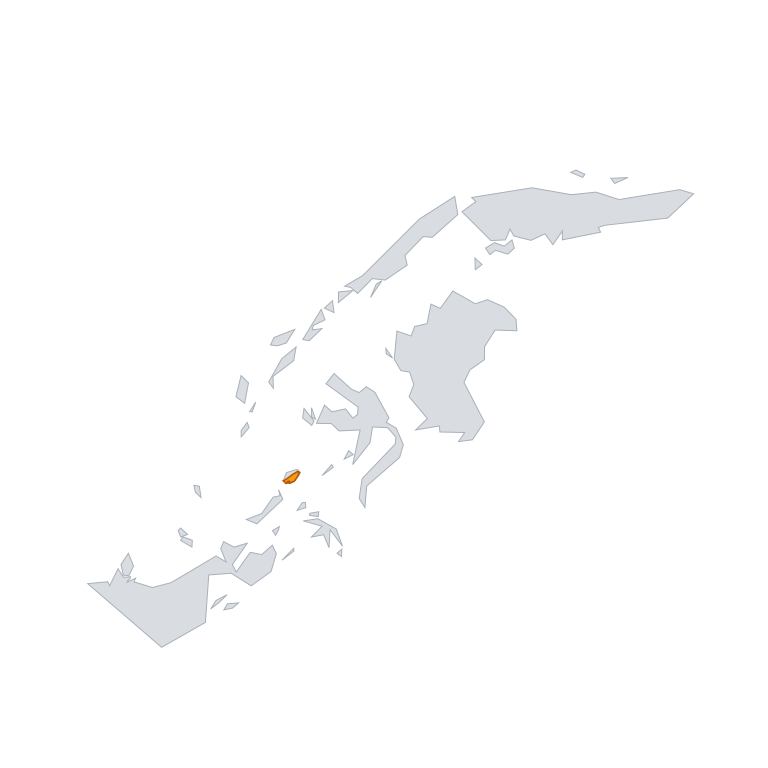 Buru, Maluku, Indonesia shown in context, rotated 130°
{"feature_id": "22746128B29167244459072", "entity_name": "Buru", "entity_type": "district", "adm_level": 2, "iso_a3": "IDN", "parent_name": "Indonesia", "parent_adm1": "Maluku", "projection": "albers", "projection_center": [126.803, -3.345], "detail": "fine", "context": "in_parent", "style": "filled", "palette": "amber", "viewbox_px": 768, "rotation_deg": 130, "n_neighbors": 0, "source": "geoboundaries", "source_scale": "gbopen_adm2", "svg_char_len": 5693}
<svg xmlns="http://www.w3.org/2000/svg" viewBox="0 0 768 768"><g transform="rotate(130 384 384)"><path d="M257.8,316.4L271.2,333.5L290.8,331.0L300.7,322.7L318.0,327.3L331.4,323.8L348.5,282.8L369.9,280.4L380.2,289.9L369.3,291.0L384.8,310.3L380.6,314.7L398.8,330.2L382.6,328.6L377.6,356.6L365.3,360.8L358.4,372.0L362.9,379.7L358.4,392.1L335.2,408.1L329.8,394.1L320.2,397.5L310.1,389.8L292.6,399.4L290.0,389.5L268.5,391.0L263.9,365.7L252.9,358.9L247.9,341.5L249.6,324.4L257.8,316.4ZM39.3,269.1L74.5,273.3L120.6,317.0L126.2,320.4L128.5,315.7L159.0,340.1L151.9,345.7L168.7,344.2L165.5,357.2L179.5,363.8L187.1,379.5L184.4,387.1L195.5,383.6L205.4,394.3L201.9,435.0L185.2,430.9L184.8,436.7L138.6,396.8L118.6,362.2L100.8,345.0L91.7,322.6L45.0,282.3L39.3,269.1ZM728.7,385.1L727.4,482.6L713.1,468.6L714.8,464.5L696.5,469.0L699.5,459.3L694.5,454.2L696.3,453.5L699.2,453.9L700.9,453.4L692.4,449.5L696.3,448.3L688.7,430.5L673.0,419.4L623.7,402.1L621.8,390.6L615.1,403.2L607.8,405.5L605.4,394.1L593.8,386.4L619.7,384.1L623.1,376.3L598.9,378.3L593.3,368.0L579.3,365.9L583.2,357.4L600.3,350.0L624.0,356.0L627.2,379.4L642.9,395.5L681.4,367.6L728.7,385.1ZM487.6,329.5L470.5,339.9L422.8,336.8L417.0,340.7L415.1,353.1L424.3,365.2L437.9,357.0L465.8,356.2L434.6,372.8L448.8,388.2L448.2,398.9L457.5,410.4L438.4,416.0L438.8,406.0L427.8,397.5L430.2,385.9L424.2,384.7L418.3,389.0L421.1,428.6L408.1,429.0L408.9,405.3L406.5,397.5L397.5,395.8L396.2,385.7L406.8,358.4L411.9,357.7L410.0,346.1L418.1,330.2L430.3,324.8L473.2,331.7L490.9,319.2L487.6,329.5ZM206.8,436.4L240.5,441.3L245.9,448.7L272.0,450.6L278.0,442.7L303.5,449.8L310.8,460.7L331.6,462.4L331.4,471.6L334.4,477.0L314.5,470.0L234.8,462.9L194.8,450.4L206.8,436.4ZM530.3,331.7L544.7,320.9L538.3,333.4L547.9,341.2L532.7,340.0L540.7,357.8L529.7,348.0L525.8,327.4L534.9,311.5L530.3,331.7ZM537.3,387.4L572.8,391.5L576.3,402.4L561.9,394.4L542.0,396.2L536.3,391.8L532.8,396.8L537.3,387.4ZM456.5,473.6L430.5,478.6L412.2,475.1L424.1,468.2L449.6,473.9L458.4,466.0L456.5,473.6ZM381.5,467.2L399.0,469.2L402.1,474.8L367.2,480.1L372.7,470.5L384.8,475.8L388.7,473.7L381.5,467.2ZM488.3,478.4L489.0,489.2L469.4,498.9L470.3,488.5L488.3,478.4ZM205.0,372.7L210.0,384.6L216.8,386.0L214.7,393.6L204.6,390.1L201.2,380.5L191.4,378.6L196.2,371.5L205.0,372.7ZM691.2,469.5L678.0,471.0L684.5,458.8L694.8,456.3L698.0,460.9L691.2,469.5ZM415.3,485.2L423.4,490.3L427.1,496.1L419.0,498.1L399.6,487.5L415.3,485.2ZM517.2,390.7L522.7,398.9L514.6,401.8L505.2,395.7L505.6,391.0L517.2,390.7ZM332.5,468.0L351.0,471.3L342.7,478.0L332.5,468.0ZM361.4,468.2L364.2,478.4L353.3,477.0L361.4,468.2ZM237.8,387.5L229.0,395.3L229.5,385.7L237.8,387.5ZM632.4,426.3L634.5,439.3L630.4,439.8L626.9,430.4L632.4,426.3ZM326.4,450.0L312.4,454.1L306.3,452.0L326.4,450.0ZM462.2,412.8L462.3,424.5L454.2,429.5L457.3,413.8L462.2,412.8ZM69.1,329.9L82.1,336.2L80.6,342.4L69.1,329.9ZM101.8,376.9L96.7,374.5L94.2,365.0L98.0,364.6L101.8,376.9ZM583.8,464.5L581.0,459.8L588.6,451.2L588.2,458.9L583.8,464.5ZM569.8,345.6L584.5,348.9L567.9,347.6L569.8,345.6ZM480.6,369.3L494.0,372.6L479.3,372.3L480.6,369.3ZM455.9,418.5L448.8,424.3L455.0,413.8L455.9,418.5ZM645.2,354.7L652.9,355.9L660.0,361.5L653.1,362.7L645.2,354.7ZM516.3,459.4L511.4,463.6L501.4,464.1L504.0,459.3L516.3,459.4ZM631.8,441.5L628.6,447.5L625.1,447.3L625.5,437.7L631.8,441.5ZM536.6,369.3L527.7,370.3L525.2,368.2L529.0,364.4L536.6,369.3ZM646.4,368.8L657.3,369.9L667.7,372.2L657.7,373.5L646.4,368.8ZM457.9,362.2L467.0,366.2L457.7,368.3L457.9,362.2ZM543.8,311.2L537.7,310.1L543.5,305.6L543.8,311.2ZM480.3,470.6L490.2,467.0L491.4,469.2L480.3,470.6ZM569.6,369.8L568.0,375.2L560.4,372.5L564.2,370.9L569.6,369.8ZM359.4,401.7L355.6,405.4L358.6,394.0L359.4,401.7ZM527.8,349.2L532.5,356.5L530.7,357.7L523.8,351.9L527.8,349.2Z" fill="#d9dde1" stroke="#a8b0b8" stroke-width="1"/><path d="M522.9,398.9L522.9,398.7L523.0,398.6L523.0,398.4L523.0,398.1L523.0,397.9L523.0,397.7L523.1,397.3L523.1,397.2L523.0,396.9L523.0,396.7L523.1,396.4L523.0,396.2L523.1,395.9L523.1,395.7L523.3,395.3L523.3,395.2L523.2,395.0L522.9,394.9L522.7,394.8L522.6,394.7L522.5,394.8L522.4,394.8L522.2,394.8L522.0,394.7L521.9,394.5L521.8,394.4L521.6,394.5L521.4,394.6L521.4,394.8L521.4,395.0L521.2,395.1L520.9,395.1L520.7,395.0L520.4,395.0L520.4,394.9L520.4,394.7L520.4,394.4L520.4,394.2L520.1,394.3L519.9,394.3L520.0,394.2L519.9,394.1L520.0,394.1L519.9,393.9L519.9,393.7L519.8,393.4L520.0,393.4L520.3,393.4L520.5,393.3L520.7,393.5L520.8,393.7L521.0,393.6L521.1,393.4L521.0,393.1L521.0,392.9L520.9,392.8L520.8,392.7L520.7,392.6L520.5,392.4L520.4,392.3L520.3,392.2L520.2,392.1L519.9,392.0L519.7,392.0L519.7,391.9L519.2,391.5L518.8,391.5L518.7,391.5L518.3,391.5L518.2,391.5L518.1,391.4L517.9,391.2L517.8,391.3L517.7,391.3L517.6,391.2L517.4,391.0L517.4,390.9L517.2,390.8L517.2,390.7L516.9,390.7L516.7,390.6L516.5,390.4L516.4,390.4L516.2,390.3L515.9,390.3L515.7,390.3L515.4,390.3L515.2,390.3L515.1,390.2L514.9,390.2L514.9,390.3L514.7,390.4L514.4,390.4L514.2,390.4L514.1,390.5L513.9,390.4L513.5,390.4L513.4,390.4L513.1,390.4L512.9,390.5L512.7,390.5L512.1,390.5L511.9,390.5L511.6,390.6L511.4,390.6L511.2,390.7L510.9,390.7L510.7,390.6L510.4,390.6L510.2,390.7L510.2,390.8L509.9,390.8L509.7,390.8L509.4,390.9L509.2,390.9L508.9,390.8L508.7,390.9L508.6,391.0L508.4,391.1L508.3,391.4L508.2,391.4L507.8,391.4L507.7,391.5L507.6,391.8L507.7,392.0L507.4,392.2L507.2,392.2L506.8,392.0L506.7,392.0L506.6,391.9L506.4,391.9L506.2,391.7L506.0,391.8L506.1,392.1L506.2,392.4L506.2,392.7L506.3,392.8L506.3,393.3L506.2,393.6L506.2,393.8L506.3,393.9L507.0,394.2L507.7,394.4L509.2,394.8L510.0,395.2L511.2,395.6L512.0,395.9L515.2,396.6L517.8,397.2L521.5,398.3L522.2,398.5L522.9,398.9Z" fill="#f59e0b" stroke="#b45309" stroke-width="1.5"/></g></svg>